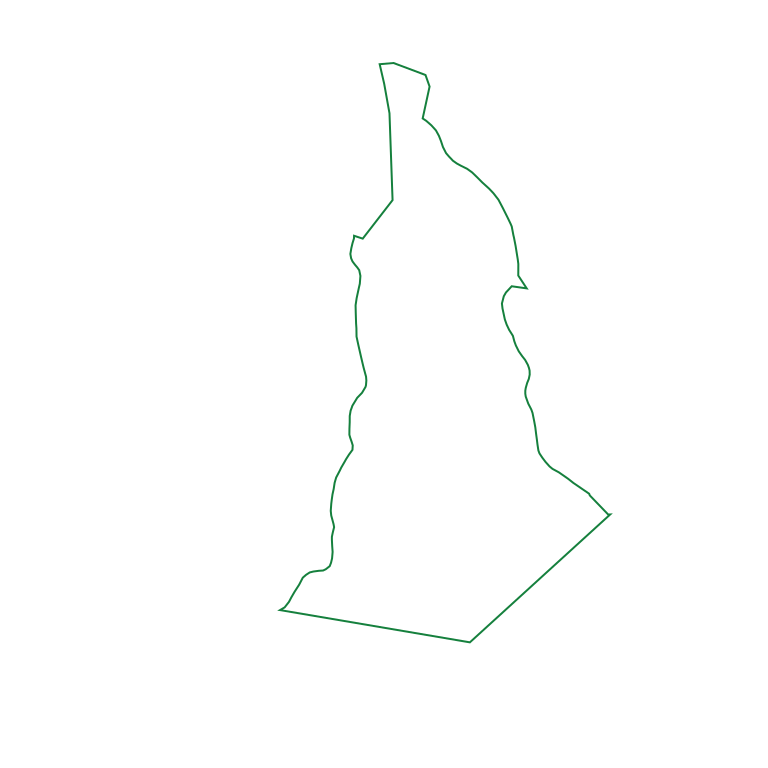 Rock Hall, Castries, Saint Lucia (Mercator projection), rotated 323°
{"feature_id": "8701671B3640054805688", "entity_name": "Rock Hall", "entity_type": "district", "adm_level": 2, "iso_a3": "LCA", "parent_name": "Saint Lucia", "parent_adm1": "Castries", "projection": "mercator", "projection_center": [-60.989, 14.001], "detail": "fine", "context": "isolated", "style": "outline", "palette": "green", "viewbox_px": 768, "rotation_deg": 323, "n_neighbors": 0, "source": "geoboundaries", "source_scale": "gbopen_adm2", "svg_char_len": 2182}
<svg xmlns="http://www.w3.org/2000/svg" viewBox="0 0 768 768"><g transform="rotate(323 384 384)"><path d="M486.1,624.3L484.5,623.2L481.3,596.9L481.8,595.1L475.7,577.0L474.0,570.5L470.5,559.8L467.5,553.2L466.6,549.4L466.1,543.4L466.1,538.0L466.4,533.0L467.3,530.0L470.1,524.8L472.7,520.3L475.5,515.3L478.8,509.6L481.5,504.2L485.2,496.5L486.3,493.0L487.4,486.5L489.6,479.4L491.0,476.8L492.8,474.4L494.9,472.4L499.0,469.3L502.7,467.1L506.0,464.2L508.3,461.0L509.4,458.5L510.4,455.3L511.2,449.7L511.1,444.8L511.3,439.0L512.5,432.6L513.8,428.3L515.9,423.2L516.2,420.0L516.5,416.2L517.7,410.4L519.4,405.1L524.1,395.0L526.6,390.7L532.5,386.0L536.5,384.3L539.9,383.7L544.8,382.8L555.5,393.5L556.5,378.2L563.5,369.0L565.8,365.0L569.5,358.0L572.1,353.1L575.9,345.3L576.9,343.0L580.8,335.1L581.5,332.3L582.9,325.3L584.8,315.0L586.3,305.8L586.2,297.5L585.5,291.2L583.8,282.3L582.8,275.0L581.7,268.0L579.9,262.2L576.8,256.0L574.9,251.8L573.4,247.1L573.2,244.9L572.9,242.4L572.8,241.6L572.5,237.0L573.7,230.2L575.7,224.3L577.2,218.9L578.1,212.7L577.5,205.9L576.1,199.2L574.7,195.2L599.4,173.9L603.1,162.2L584.8,133.4L573.0,126.0L564.8,144.4L551.3,171.1L501.5,242.3L454.5,255.1L449.3,247.6L447.6,249.7L443.7,252.5L439.6,255.9L435.4,259.9L433.4,263.8L432.6,267.2L432.6,271.2L432.8,274.9L432.7,278.2L430.2,283.5L425.0,289.4L422.0,291.9L413.9,298.9L408.7,304.0L404.1,310.4L398.1,318.9L395.5,322.9L390.6,329.6L386.9,337.6L382.1,348.3L379.1,355.1L377.5,358.8L375.0,365.0L374.1,367.3L372.0,370.6L368.9,374.1L367.5,375.2L361.2,377.8L354.3,378.9L345.7,382.3L343.8,383.6L341.3,385.2L337.4,388.9L333.6,393.9L329.5,398.9L325.8,403.7L324.7,406.5L323.4,410.6L322.1,414.2L319.2,417.6L313.6,419.3L308.5,421.2L306.0,422.3L299.6,425.0L296.5,426.6L289.5,429.9L285.1,433.2L280.6,437.6L276.5,441.1L272.8,444.8L269.9,447.8L265.1,453.3L262.7,457.3L260.9,461.8L259.4,465.5L258.0,468.3L253.7,471.8L250.4,474.7L248.6,477.1L245.0,482.4L241.9,487.2L237.6,492.0L234.1,494.9L231.0,496.8L226.0,496.9L223.1,496.3L219.6,494.0L214.8,491.3L211.3,489.8L206.9,489.5L202.6,489.8L195.5,493.2L187.6,496.1L181.9,498.5L177.0,500.8L170.2,502.6L164.9,502.0L297.1,642.0L486.1,624.3Z" fill="none" stroke="#15803d" stroke-width="2"/></g></svg>